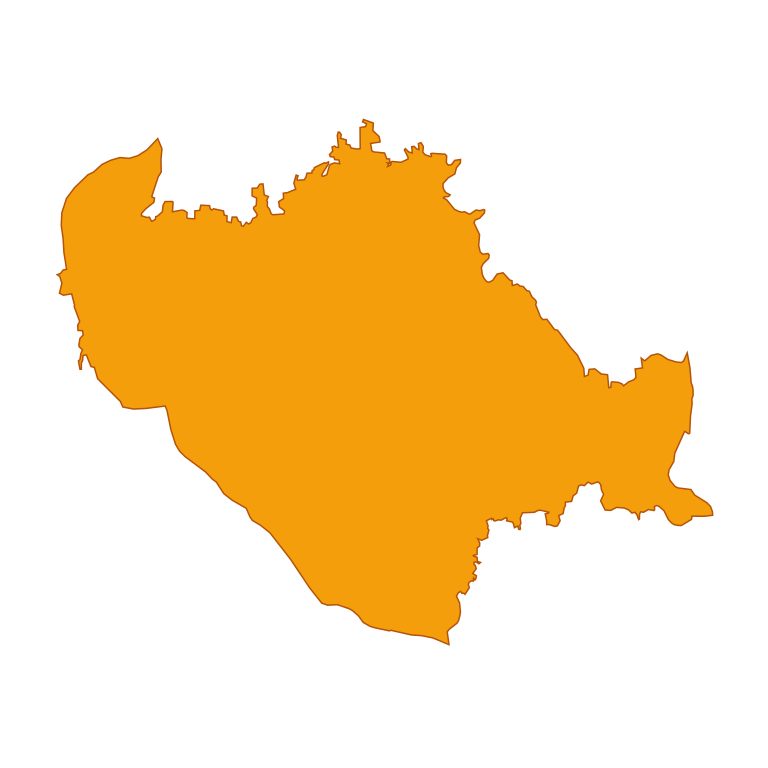 Manikganj, Dhaka, Bangladesh, rotated 355°
{"feature_id": "16705992B79131283702140", "entity_name": "Manikganj", "entity_type": "district", "adm_level": 2, "iso_a3": "BGD", "parent_name": "Bangladesh", "parent_adm1": "Dhaka", "projection": "natural_earth1", "projection_center": [89.956, 23.835], "detail": "fine", "context": "isolated", "style": "filled", "palette": "amber", "viewbox_px": 768, "rotation_deg": 355, "n_neighbors": 0, "source": "geoboundaries", "source_scale": "gbopen_adm2", "svg_char_len": 6133}
<svg xmlns="http://www.w3.org/2000/svg" viewBox="0 0 768 768"><g transform="rotate(355 384 384)"><path d="M425.8,151.4L424.7,152.5L427.8,160.5L427.4,162.1L420.2,164.6L411.5,163.0L410.5,163.4L409.8,166.4L406.6,167.6L407.7,165.6L406.5,164.1L408.9,164.6L409.2,160.3L406.4,159.9L404.7,153.9L394.0,151.9L392.2,150.6L391.6,143.2L401.1,142.6L401.3,141.8L400.6,136.9L395.0,130.7L396.1,123.1L386.6,118.7L385.5,121.0L389.3,123.2L388.1,126.0L382.5,126.4L380.8,147.4L378.2,147.7L371.8,146.1L370.8,143.0L367.1,141.7L367.7,137.6L362.1,135.4L363.2,132.0L361.8,129.4L360.4,129.0L359.1,132.4L359.3,144.4L356.9,144.0L355.6,142.7L352.9,143.4L353.2,147.4L349.7,150.8L350.2,152.8L353.9,153.6L354.4,156.2L358.5,156.9L359.1,160.7L353.7,159.4L350.0,160.5L348.8,161.5L345.3,170.5L341.6,171.8L340.2,171.2L340.7,169.4L348.0,159.7L348.1,157.9L345.1,159.0L343.9,158.4L333.6,162.3L332.5,164.6L331.0,165.1L330.6,167.5L325.6,167.3L324.3,171.2L322.2,173.7L315.5,173.4L315.2,172.1L316.6,169.1L314.7,168.2L311.7,176.0L313.0,182.3L304.3,185.0L300.3,185.1L300.1,190.6L295.0,193.1L295.2,198.5L300.1,202.9L299.1,205.9L288.0,205.7L286.5,204.7L285.1,199.7L283.2,196.8L283.8,192.3L283.1,190.9L285.2,187.2L281.2,185.3L280.9,174.1L277.7,174.1L274.7,177.8L269.7,177.5L269.0,185.1L273.3,187.7L272.3,194.9L269.6,196.6L269.3,198.1L272.6,204.3L271.0,206.6L267.7,207.7L265.4,211.7L263.0,212.8L260.9,210.9L257.6,214.6L255.8,213.9L255.4,210.2L253.2,209.2L251.8,204.9L247.3,204.5L245.8,210.0L241.7,208.5L242.3,202.8L239.6,201.9L239.2,197.6L229.5,194.6L227.5,195.6L226.1,194.2L225.8,191.1L217.1,189.9L215.5,195.0L210.7,195.0L209.9,202.9L203.2,202.0L202.1,201.1L202.8,196.0L200.2,193.8L197.9,193.1L188.3,194.0L189.7,184.4L188.9,183.7L181.7,183.2L179.5,186.7L178.2,193.1L173.0,197.0L171.2,197.4L170.5,200.2L167.6,201.4L166.5,201.5L164.9,197.4L162.2,197.4L157.0,195.2L157.3,193.0L161.8,188.8L170.6,182.9L171.6,178.8L169.1,177.4L169.4,176.0L177.1,158.0L180.5,153.4L181.4,140.8L183.3,130.3L180.0,119.8L168.3,130.1L158.7,135.1L150.0,137.0L140.6,135.4L131.2,137.3L122.2,140.7L113.1,147.6L107.4,149.7L92.9,161.4L83.9,171.4L78.0,185.3L76.3,198.0L77.0,210.8L76.6,225.1L77.8,242.1L74.4,242.4L71.3,245.7L68.0,246.6L70.4,248.7L71.9,255.5L68.6,265.3L72.4,267.6L80.7,267.0L82.6,278.6L82.1,279.8L86.3,295.2L84.0,298.7L83.8,304.0L88.3,304.6L88.6,308.9L85.1,312.1L83.4,318.5L83.6,320.4L86.6,323.6L84.7,327.2L83.2,333.3L81.6,334.4L82.4,342.8L83.8,342.9L84.4,336.7L85.8,334.3L86.7,329.4L90.0,329.0L93.6,341.1L96.9,342.2L99.2,353.8L119.8,378.3L121.9,384.2L132.2,387.1L144.3,387.6L164.1,386.9L165.5,391.3L167.7,410.8L171.1,426.0L174.6,433.2L179.6,439.1L198.6,456.1L204.7,463.8L208.4,467.1L214.8,479.2L222.7,486.6L235.9,495.8L239.0,505.0L240.9,508.3L248.8,514.1L257.5,522.4L275.4,550.1L292.3,580.8L302.9,596.9L308.5,599.4L318.3,599.8L329.9,604.9L333.0,607.1L338.5,612.9L342.5,619.7L349.0,624.2L353.5,626.0L367.9,630.4L369.2,629.9L389.5,636.4L399.3,637.9L410.5,641.2L426.0,649.3L425.4,636.4L427.5,634.1L435.8,628.7L437.7,626.1L439.4,621.3L440.3,617.8L440.2,608.7L437.7,601.6L439.9,598.4L442.2,597.3L443.4,599.3L445.3,599.4L446.4,600.6L451.2,594.4L450.6,591.0L451.4,589.0L454.0,587.7L455.8,588.1L456.3,585.2L457.5,587.1L458.5,586.1L459.4,583.1L455.9,580.5L459.8,576.1L459.1,572.5L458.1,571.9L458.0,569.5L459.8,569.1L462.9,571.4L464.6,570.2L461.6,568.8L461.6,564.6L458.7,563.6L458.1,562.6L461.9,561.9L462.4,555.5L465.1,553.8L465.5,550.7L463.9,546.3L467.6,548.2L474.0,546.0L473.8,544.2L475.8,538.5L474.7,536.9L475.3,534.4L474.1,529.1L479.4,527.2L479.7,528.5L481.1,527.9L481.5,529.7L482.5,530.1L486.4,529.3L488.7,529.9L494.1,527.7L494.9,528.6L494.2,531.0L499.8,532.7L500.7,534.1L501.4,538.5L504.9,537.2L505.5,540.4L506.7,540.9L507.3,540.1L507.0,536.7L508.2,534.8L508.0,529.5L510.7,524.4L522.7,524.9L526.3,523.4L529.0,523.4L537.0,526.1L536.4,527.0L533.3,527.4L534.1,534.3L533.8,538.3L535.9,538.3L541.8,540.8L544.3,540.5L547.5,535.7L546.6,530.3L551.2,528.7L552.5,523.7L554.1,520.9L554.4,517.5L560.6,517.3L562.7,511.9L566.4,509.5L568.9,502.6L571.5,501.7L574.9,502.7L578.6,499.5L582.2,501.8L588.2,500.2L589.5,500.8L591.1,503.2L591.4,508.3L593.1,513.2L589.6,519.3L593.3,528.8L598.8,529.7L605.0,527.2L612.6,528.5L616.8,530.8L619.7,534.2L622.9,533.7L624.7,536.7L625.9,541.3L626.7,540.8L627.2,536.0L628.6,533.7L631.4,534.4L636.5,532.1L641.9,533.6L642.7,532.8L642.7,529.7L644.6,528.8L647.2,529.7L651.9,534.7L655.5,543.9L658.5,547.6L660.8,549.4L664.5,550.5L667.8,550.9L678.5,545.7L679.3,542.5L691.5,543.7L700.0,543.4L700.0,539.6L698.6,534.5L695.2,530.3L683.9,521.8L680.6,515.9L668.0,513.2L664.8,511.3L660.6,505.0L659.2,499.3L660.5,494.3L665.9,486.5L667.7,478.2L679.1,457.8L679.6,457.4L682.9,460.1L684.2,459.8L686.6,442.3L689.2,430.7L689.4,425.6L690.9,422.4L691.3,418.1L691.2,413.6L690.1,409.6L690.2,394.6L688.8,379.4L684.4,387.2L682.4,388.5L677.1,387.6L668.9,384.3L662.6,379.3L659.3,377.8L652.5,378.8L645.7,383.7L642.5,380.7L642.9,390.5L635.5,390.9L635.6,399.4L633.2,401.6L628.1,403.1L622.5,406.7L621.2,404.7L617.6,402.8L611.3,401.7L610.5,402.2L609.6,407.2L607.6,407.2L607.5,394.2L601.3,393.0L595.3,387.3L589.6,387.3L588.1,392.9L584.3,394.0L584.4,385.7L579.2,372.1L573.4,364.5L561.7,345.6L558.5,344.5L551.9,333.7L547.9,333.7L545.8,331.0L542.0,318.3L542.9,315.8L542.3,313.8L538.9,310.0L536.9,304.3L534.2,303.3L531.2,299.0L528.0,298.3L525.6,296.0L520.4,297.1L520.5,292.2L518.4,291.5L512.3,283.6L506.3,284.3L501.4,290.2L497.5,291.8L495.3,291.0L493.0,287.7L491.5,283.6L491.1,276.4L493.3,272.8L499.3,267.9L500.0,264.5L498.9,263.0L493.9,263.4L491.4,261.0L490.4,254.4L492.2,243.6L487.7,231.3L489.1,228.6L493.7,227.2L498.9,222.4L499.5,219.5L498.6,218.9L494.5,219.7L490.9,218.7L484.2,222.4L479.2,219.4L476.6,219.7L473.4,218.5L469.4,216.1L462.7,206.2L459.5,203.8L460.1,202.9L464.6,202.8L466.4,201.4L462.3,198.7L460.6,195.8L459.9,192.5L460.4,189.4L466.0,184.2L472.9,180.9L475.0,174.9L479.4,170.4L479.8,167.0L473.9,167.4L470.4,171.3L467.2,171.7L465.4,169.0L466.3,162.2L464.9,160.4L452.2,158.4L450.7,158.6L451.2,161.3L450.3,161.6L444.9,159.2L442.9,156.4L443.9,150.8L441.9,146.8L439.3,147.5L439.2,153.6L437.2,152.7L434.6,149.9L432.3,150.0L432.3,156.3L428.9,155.0L425.8,151.4Z" fill="#f59e0b" stroke="#b45309" stroke-width="1.5"/></g></svg>